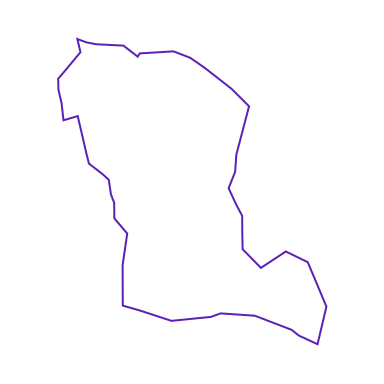 Mo'nxxaan, Sühbaatar, Mongolia, rotated 86°
{"feature_id": "93677404B72955600082369", "entity_name": "Mo'nxxaan", "entity_type": "district", "adm_level": 2, "iso_a3": "MNG", "parent_name": "Mongolia", "parent_adm1": "Sühbaatar", "projection": "albers", "projection_center": [112.193, 47.167], "detail": "fine", "context": "isolated", "style": "outline", "palette": "violet", "viewbox_px": 384, "rotation_deg": 86, "n_neighbors": 0, "source": "geoboundaries", "source_scale": "gbopen_adm2", "svg_char_len": 722}
<svg xmlns="http://www.w3.org/2000/svg" viewBox="0 0 384 384"><g transform="rotate(86 192 192)"><path d="M110.5,129.1L91.6,145.6L68.5,171.3L57.9,184.6L50.4,200.7L50.1,234.5L53.2,236.7L41.2,250.2L37.9,277.4L35.3,287.0L31.4,295.7L44.7,293.5L60.1,308.2L69.7,317.6L80.6,318.1L94.4,315.9L111.5,315.2L108.3,300.7L148.4,294.3L156.5,292.8L168.4,279.5L174.0,274.2L188.9,273.0L197.2,270.4L212.9,271.3L228.9,259.5L260.0,266.3L300.5,269.0L306.6,252.2L319.1,221.5L317.9,181.7L315.1,171.9L319.8,137.9L336.5,102.2L342.7,95.4L352.6,77.4L315.7,65.9L270.1,81.4L257.9,102.6L272.5,128.5L252.6,145.5L234.6,144.6L219.4,143.6L207.3,148.9L190.8,155.2L175.0,147.6L157.6,145.1L110.5,129.1Z" fill="none" stroke="#5b21b6" stroke-width="2"/></g></svg>